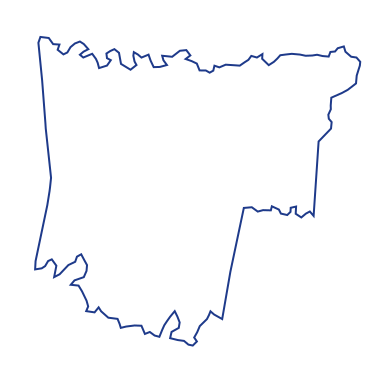 outline of Lindoeste, Paraná, Brazil, rotated 93°
{"feature_id": "56859067B27397769161931", "entity_name": "Lindoeste", "entity_type": "district", "adm_level": 2, "iso_a3": "BRA", "parent_name": "Brazil", "parent_adm1": "Paraná", "projection": "natural_earth1", "projection_center": [-53.566, -25.249], "detail": "fine", "context": "isolated", "style": "outline", "palette": "blue", "viewbox_px": 384, "rotation_deg": 93, "n_neighbors": 0, "source": "geoboundaries", "source_scale": "gbopen_adm2", "svg_char_len": 2253}
<svg xmlns="http://www.w3.org/2000/svg" viewBox="0 0 384 384"><g transform="rotate(93 192 192)"><path d="M88.4,347.5L130.9,342.0L136.1,341.4L185.2,333.5L194.6,334.0L198.6,334.3L212.7,335.8L269.2,344.6L277.5,344.6L276.1,338.1L273.7,334.8L268.5,332.1L266.6,328.5L272.7,323.6L284.2,325.2L281.1,319.9L271.4,311.6L267.8,305.0L262.6,303.5L260.0,299.4L266.0,295.8L270.5,293.0L276.3,293.2L282.7,295.6L286.4,304.7L291.0,308.2L291.4,300.4L297.0,296.6L306.1,291.6L311.7,289.7L316.5,291.4L317.3,283.0L312.1,279.2L315.9,276.5L321.9,269.0L322.6,259.7L327.5,257.4L331.4,256.0L329.8,250.7L328.3,242.3L328.2,235.5L336.2,231.6L334.0,226.8L337.3,221.8L338.3,217.0L331.4,214.6L326.5,212.7L322.1,210.1L317.7,207.3L311.9,203.0L317.1,200.1L322.9,197.5L328.4,198.1L332.8,205.1L339.1,206.2L340.6,198.4L341.1,192.2L344.6,187.6L345.3,183.2L341.0,179.3L337.2,182.2L331.8,179.5L325.5,177.2L318.1,170.4L314.0,168.6L310.2,167.3L313.2,163.5L317.3,155.2L269.6,149.5L205.2,139.4L204.1,131.5L208.1,125.3L206.4,120.1L206.2,112.3L202.1,111.5L205.0,104.3L208.9,102.1L210.0,95.7L206.7,92.6L202.6,92.6L201.1,87.3L208.3,87.3L211.7,81.5L207.6,77.1L205.3,73.3L209.5,69.3L134.9,68.2L121.4,56.5L114.9,56.2L111.7,59.2L107.7,59.9L102.1,57.7L98.4,58.0L90.5,57.8L85.3,47.5L81.8,41.8L75.0,33.9L67.1,33.6L60.8,32.0L57.1,31.0L53.2,30.8L49.1,34.8L48.6,40.1L43.9,46.1L38.7,48.0L40.8,54.0L44.2,56.5L44.9,61.1L49.6,62.6L49.4,68.7L48.4,74.3L49.4,79.0L50.0,85.7L49.1,91.4L48.8,99.6L49.8,105.6L50.8,111.0L54.3,113.8L57.7,117.0L61.3,122.0L55.3,128.9L50.6,128.9L54.3,134.2L53.0,139.9L57.1,142.6L59.6,146.1L63.3,150.9L63.2,156.6L63.1,165.0L66.1,171.2L64.7,176.2L69.7,177.1L71.9,180.6L69.9,184.6L70.2,190.8L63.5,193.9L61.3,199.2L59.5,205.3L55.7,200.8L50.6,205.1L51.6,211.5L58.0,218.9L57.5,228.9L62.0,227.4L66.5,223.7L68.8,230.7L69.3,236.8L63.0,240.2L57.1,242.6L60.4,249.5L57.5,253.3L55.4,257.4L59.0,257.7L64.7,256.2L68.1,254.1L73.1,259.8L67.8,269.6L56.8,272.2L53.4,277.0L55.5,281.0L58.2,284.7L62.8,283.9L64.6,280.0L70.2,283.5L73.1,291.3L67.8,293.0L64.1,294.9L59.2,298.9L63.4,307.6L60.8,311.1L57.5,307.6L54.8,303.0L49.9,307.8L47.6,311.8L49.8,316.7L53.7,320.9L59.2,323.8L61.3,327.6L57.0,333.6L51.7,332.1L51.6,338.4L45.7,343.1L45.1,351.5L51.0,353.2L88.4,347.5Z" fill="none" stroke="#1e3a8a" stroke-width="2"/></g></svg>